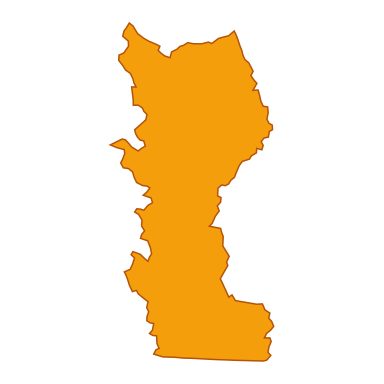 outline of Jesuítas, Paraná, Brazil
{"feature_id": "56859067B94541808233523", "entity_name": "Jesuítas", "entity_type": "district", "adm_level": 2, "iso_a3": "BRA", "parent_name": "Brazil", "parent_adm1": "Paraná", "projection": "albers", "projection_center": [-53.417, -24.413], "detail": "fine", "context": "isolated", "style": "filled", "palette": "amber", "viewbox_px": 384, "rotation_deg": 0, "n_neighbors": 0, "source": "geoboundaries", "source_scale": "gbopen_adm2", "svg_char_len": 2644}
<svg xmlns="http://www.w3.org/2000/svg" viewBox="0 0 384 384"><path d="M153.7,354.1L162.9,356.9L175.3,357.3L183.8,358.1L190.2,358.2L214.7,359.5L225.8,359.9L236.1,360.3L263.5,361.0L266.8,360.1L270.8,355.4L268.0,352.3L269.0,346.6L271.2,341.6L269.9,337.9L264.4,337.9L266.7,333.3L270.7,330.1L273.7,326.4L271.6,321.3L268.7,318.1L269.9,313.1L265.0,309.9L262.4,303.9L256.5,304.2L235.4,300.6L232.0,294.9L228.8,297.1L222.5,283.3L220.3,278.7L227.8,265.5L226.6,262.0L229.2,256.3L222.8,245.9L223.2,236.4L221.7,232.7L220.6,228.4L209.3,226.2L212.2,223.3L215.4,216.2L219.2,211.0L217.3,205.8L220.6,202.2L221.0,197.5L217.6,195.9L218.0,188.2L221.8,184.9L225.3,185.7L228.7,183.9L230.8,180.3L234.4,177.4L236.0,173.2L239.3,165.5L242.3,161.4L249.5,159.1L251.3,155.9L256.4,152.9L256.7,148.4L261.9,149.8L263.2,145.4L261.2,141.6L264.1,138.0L268.4,137.1L269.3,131.5L272.5,129.7L272.3,125.2L268.9,123.2L266.9,119.1L268.2,112.7L267.6,106.9L263.2,106.2L260.8,101.0L259.7,95.8L258.1,90.0L253.0,90.3L256.9,83.4L254.0,80.1L250.9,75.7L253.1,71.3L251.0,67.1L248.8,62.9L244.9,59.5L242.9,55.1L241.9,50.8L239.8,45.5L238.2,40.5L236.4,35.6L234.2,31.0L228.6,35.8L222.5,37.3L218.4,38.5L211.8,43.5L208.4,42.1L201.7,43.8L196.7,43.8L193.2,43.7L187.7,42.7L183.4,45.4L179.9,46.4L177.0,49.2L171.6,51.9L170.1,57.7L164.6,55.9L161.2,53.3L158.2,50.4L159.9,46.2L155.7,44.1L148.6,41.1L143.6,38.2L137.6,33.6L132.9,25.9L129.3,23.0L126.2,28.1L124.0,31.0L122.7,36.2L128.3,41.1L128.5,46.2L123.8,53.0L119.0,55.1L118.7,60.4L122.9,65.7L125.5,70.0L130.3,73.4L132.9,78.7L134.0,83.0L136.1,87.0L131.6,86.9L132.7,95.6L133.3,101.0L133.3,105.3L138.1,105.1L142.4,108.0L143.9,111.4L147.0,114.4L145.8,119.8L141.2,124.0L134.7,129.7L135.7,133.8L137.5,137.2L140.3,140.2L143.7,140.8L145.3,146.1L141.4,148.4L138.1,151.0L131.5,146.9L129.0,143.7L125.5,139.9L122.2,139.0L117.8,141.2L110.3,144.9L116.8,147.6L124.2,149.6L124.8,153.4L122.8,158.7L120.7,163.0L123.3,167.8L128.5,168.6L132.6,172.0L134.2,177.4L136.6,182.5L142.7,185.6L147.0,186.1L149.9,188.0L146.6,192.3L143.2,195.2L151.1,198.0L152.5,202.7L147.9,205.4L143.9,210.2L140.4,209.1L136.8,208.8L134.6,212.0L138.6,214.4L142.0,220.1L141.6,226.0L144.6,230.9L141.7,234.3L140.5,238.4L147.7,240.8L150.5,248.1L151.6,253.8L149.6,256.9L147.9,261.3L144.6,258.5L140.3,254.3L132.9,251.6L131.1,254.7L134.5,257.9L132.6,264.0L130.2,269.3L124.3,271.9L126.3,275.8L127.9,280.4L129.4,285.2L132.4,291.6L136.5,290.4L138.1,293.7L143.5,298.2L148.0,301.6L146.7,307.7L148.7,311.7L147.0,316.6L146.8,320.7L150.1,322.9L153.7,323.5L152.4,330.2L149.5,333.5L152.9,335.5L156.6,335.8L156.8,339.6L157.0,343.7L159.1,348.3L155.9,349.9L153.7,354.1Z" fill="#f59e0b" stroke="#b45309" stroke-width="1.5"/></svg>